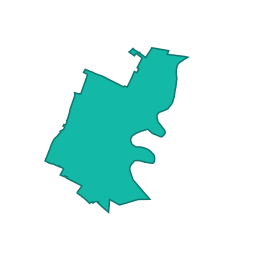 Manoleasa, Botosani, Romania (Albers equal-area conic projection), rotated 59°
{"feature_id": "2599482B28804438826094", "entity_name": "Manoleasa", "entity_type": "district", "adm_level": 2, "iso_a3": "ROU", "parent_name": "Romania", "parent_adm1": "Botosani", "projection": "albers", "projection_center": [27.057, 48.009], "detail": "fine", "context": "isolated", "style": "filled", "palette": "teal", "viewbox_px": 256, "rotation_deg": 59, "n_neighbors": 0, "source": "geoboundaries", "source_scale": "gbopen_adm2", "svg_char_len": 5589}
<svg xmlns="http://www.w3.org/2000/svg" viewBox="0 0 256 256"><g transform="rotate(59 128 128)"><path d="M126.1,206.5L128.7,204.6L129.3,204.3L129.5,204.2L129.8,204.4L130.1,204.7L133.4,210.3L135.8,208.5L137.4,207.2L137.1,207.1L136.7,206.8L138.4,205.4L139.2,206.5L144.1,203.5L145.6,202.5L148.0,201.0L148.7,200.5L149.7,200.0L151.2,199.0L153.4,197.6L153.5,197.5L154.0,197.6L154.8,199.5L155.7,201.5L156.6,203.8L156.8,204.5L157.0,204.7L157.3,204.9L157.5,205.0L159.4,204.3L160.2,204.0L162.6,202.9L163.7,202.6L164.4,202.2L165.5,201.8L170.3,200.4L171.7,200.0L172.8,199.8L172.7,196.8L174.4,196.7L174.2,193.7L174.6,193.3L175.6,191.9L176.3,191.4L176.6,192.4L180.9,191.2L190.3,188.1L179.8,180.6L189.6,174.9L190.8,170.2L191.0,169.9L191.1,169.5L192.0,165.8L194.5,156.1L200.3,146.0L190.8,147.7L174.6,150.4L164.9,148.1L164.2,147.7L163.6,147.3L162.5,146.3L161.9,145.6L161.7,145.3L161.2,144.4L160.9,143.7L160.7,143.0L160.4,142.2L160.0,140.6L159.6,140.0L159.4,139.7L159.5,139.0L159.8,138.4L160.1,137.8L160.6,137.0L162.2,134.7L162.6,134.2L164.3,132.6L164.9,132.1L165.4,131.8L166.2,130.8L167.0,129.8L168.9,127.7L169.3,127.1L169.9,126.4L170.7,125.4L170.8,125.1L170.9,124.8L171.0,124.5L171.0,123.9L170.7,123.3L170.3,122.8L169.7,122.1L168.4,121.2L167.3,120.6L165.9,120.0L165.6,119.9L165.3,119.8L164.9,119.7L162.9,120.0L162.3,120.1L161.3,120.5L161.0,120.5L160.3,120.5L160.0,120.6L158.8,121.0L158.2,121.2L157.0,121.8L156.4,122.2L155.8,122.5L154.5,123.4L153.8,124.1L153.5,124.4L151.8,125.9L151.6,126.1L151.4,126.4L150.7,127.2L150.3,127.8L150.0,128.4L149.2,129.4L149.1,129.7L148.8,130.3L148.1,131.0L147.3,131.6L145.7,132.2L144.4,132.8L143.5,132.9L140.8,132.4L139.8,132.0L139.3,131.7L138.8,131.3L138.1,130.5L137.5,129.6L137.0,128.3L136.8,127.7L136.8,126.9L136.7,125.2L136.7,123.8L137.1,121.1L137.1,120.5L137.2,119.7L137.4,119.1L137.6,117.8L138.1,116.4L138.2,115.8L138.5,114.4L138.6,114.2L138.7,113.7L138.8,113.4L138.9,112.8L139.0,112.5L139.3,111.9L139.6,111.7L140.3,111.3L141.7,110.9L143.8,110.3L145.2,109.8L145.8,109.4L147.0,108.6L148.4,107.4L149.8,106.3L150.4,105.9L151.1,105.5L152.2,104.6L152.7,104.0L152.8,103.7L152.9,103.3L152.8,101.8L152.6,101.2L151.7,99.1L151.5,98.8L150.9,98.4L150.6,98.2L149.9,98.0L149.1,97.9L147.7,97.9L146.9,97.9L145.5,98.2L143.7,98.4L142.6,98.5L140.4,98.8L139.7,98.9L139.0,99.0L138.6,99.0L137.6,98.9L137.0,98.7L135.9,98.4L133.0,97.2L132.5,96.9L132.2,96.7L131.6,96.1L130.9,94.3L130.7,93.1L131.2,90.0L131.4,89.1L131.6,88.4L131.6,87.7L131.9,85.9L132.0,84.8L132.0,84.0L131.9,83.3L131.8,82.9L131.4,82.4L131.0,81.3L130.4,79.5L130.1,78.5L129.2,77.2L128.9,76.6L128.7,76.3L128.2,75.7L127.2,74.7L126.7,74.1L125.1,72.4L124.5,71.9L123.1,70.7L121.9,69.8L121.3,69.3L119.6,67.9L118.0,66.3L117.0,65.5L115.0,64.1L114.5,63.6L113.1,62.6L112.6,62.2L111.1,60.9L109.9,60.2L106.8,59.0L103.9,57.2L102.8,56.4L100.8,54.6L99.8,53.6L99.5,53.1L99.0,52.2L98.7,51.2L98.5,50.2L98.3,48.6L98.3,46.2L98.1,44.2L98.2,40.6L98.2,40.2L96.3,42.2L95.9,42.6L94.7,44.2L92.6,46.8L92.3,47.2L92.0,47.6L90.2,49.9L89.2,51.1L89.3,51.2L85.1,56.4L84.1,55.2L83.8,54.7L82.7,53.3L77.9,58.9L74.1,63.2L71.5,66.4L72.3,67.5L72.8,68.6L74.0,70.9L74.2,71.3L74.5,72.1L74.7,72.6L75.1,73.2L75.7,74.5L76.9,76.5L75.6,77.0L73.1,78.1L72.0,78.6L69.8,79.5L69.7,79.5L69.4,79.3L69.3,79.0L69.2,79.0L69.2,79.5L69.0,80.0L68.9,80.1L68.2,80.2L67.0,80.8L66.0,81.4L64.4,82.2L63.5,82.6L63.3,82.6L63.2,82.5L62.4,82.7L62.8,84.6L63.2,85.9L63.4,86.9L63.6,87.7L63.5,87.9L64.3,87.8L64.5,87.7L64.8,87.3L65.3,87.0L65.7,86.8L66.5,86.6L69.4,85.3L69.2,85.0L69.0,84.3L68.8,84.0L68.6,83.4L68.5,83.1L68.3,82.5L70.9,81.6L75.3,79.8L76.1,81.2L77.3,83.0L78.5,85.1L79.4,86.4L81.0,89.1L82.7,88.2L83.1,89.0L83.3,89.3L84.2,90.4L85.1,92.0L82.8,93.4L83.2,94.1L84.7,96.0L86.4,98.3L89.0,102.2L89.3,102.6L90.0,103.7L90.2,104.0L90.3,104.2L90.8,105.0L92.6,107.6L90.6,108.9L90.2,109.7L90.2,110.0L90.5,110.7L88.6,111.9L87.6,112.5L87.0,112.8L86.0,113.4L81.4,116.4L77.5,118.8L77.0,119.3L76.0,119.8L75.5,120.1L75.2,120.3L72.3,122.0L69.5,124.0L66.0,126.9L63.6,128.7L63.0,129.0L62.5,129.3L62.0,129.7L61.4,130.1L60.8,130.7L60.4,131.0L57.6,133.0L57.2,133.5L56.2,134.1L55.7,134.5L57.5,137.5L61.0,135.2L61.3,135.1L64.7,139.0L64.9,139.2L64.9,139.3L64.8,139.5L65.2,139.9L65.5,139.7L66.8,141.4L66.7,141.5L69.9,145.4L71.0,146.8L71.5,147.2L71.7,147.5L74.4,150.9L73.7,151.5L73.7,151.8L73.9,152.2L73.9,152.4L73.8,152.5L73.1,153.1L72.6,153.2L72.4,153.3L72.1,153.9L71.9,154.2L70.2,155.6L72.9,157.0L73.0,157.1L73.2,157.3L81.3,167.0L82.0,167.8L83.3,169.0L83.8,169.4L84.3,169.9L85.1,170.6L86.0,171.7L86.3,172.0L87.8,173.7L88.2,174.1L88.4,174.4L89.3,175.3L89.5,175.5L89.7,175.9L89.8,176.2L89.9,176.6L90.0,176.7L90.5,176.9L90.9,177.0L91.1,177.1L91.4,177.4L91.7,177.8L91.9,177.9L92.3,178.6L93.2,180.1L92.5,180.6L92.0,181.1L92.9,182.7L94.3,181.7L94.7,182.1L95.0,182.5L95.3,182.9L96.1,184.2L95.8,185.4L96.1,186.0L95.8,186.4L95.8,186.5L95.9,187.7L96.0,188.0L96.7,187.7L97.7,190.3L97.8,190.5L97.8,190.8L97.8,191.0L98.0,191.4L98.2,191.7L98.7,193.5L98.8,194.2L99.0,195.1L99.4,196.6L99.7,197.3L100.3,198.3L100.8,199.4L101.2,200.1L101.9,201.0L102.6,201.9L103.0,202.5L104.0,203.8L104.4,204.1L104.9,204.8L105.7,205.7L106.2,206.3L106.9,207.4L107.5,208.2L109.4,210.5L109.9,211.3L111.4,213.1L111.7,213.4L111.8,213.5L111.9,214.2L111.9,214.3L112.6,214.7L112.8,215.1L112.9,215.3L113.1,215.7L113.5,216.0L113.7,215.9L114.8,215.2L115.5,214.8L115.9,214.5L116.5,214.1L116.8,214.1L117.1,213.9L117.4,213.6L117.3,213.4L117.5,213.3L118.1,212.9L119.4,212.0L119.4,211.4L122.5,209.2L125.5,207.1L125.5,206.9L125.3,206.7L125.2,206.6L125.3,206.3L125.5,206.1L125.6,205.9L125.8,206.0L126.1,206.5Z" fill="#14b8a6" stroke="#0f766e" stroke-width="1.5"/></g></svg>